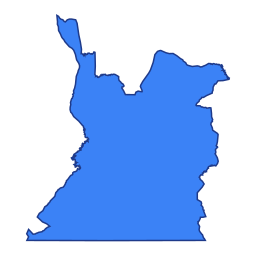 Kasongo, Maniema, Democratic Republic of the Congo
{"feature_id": "63176286B88012685356826", "entity_name": "Kasongo", "entity_type": "district", "adm_level": 2, "iso_a3": "COD", "parent_name": "Democratic Republic of the Congo", "parent_adm1": "Maniema", "projection": "orthographic", "projection_center": [26.428, -4.177], "detail": "fine", "context": "isolated", "style": "filled", "palette": "blue", "viewbox_px": 256, "rotation_deg": 0, "n_neighbors": 0, "source": "geoboundaries", "source_scale": "gbopen_adm2", "svg_char_len": 5658}
<svg xmlns="http://www.w3.org/2000/svg" viewBox="0 0 256 256"><path d="M229.0,79.3L229.3,78.1L228.2,77.5L227.6,78.1L227.7,77.1L227.3,77.2L227.3,76.2L226.7,75.9L226.3,74.6L226.0,74.5L225.7,74.7L225.0,74.4L225.0,73.8L225.5,73.5L225.6,73.0L224.9,72.5L225.1,72.2L224.2,71.9L224.6,70.8L223.7,71.1L223.7,70.0L222.9,70.1L223.3,69.8L222.8,68.3L221.7,67.7L222.1,67.3L221.4,66.7L222.1,66.5L221.8,66.2L222.4,66.0L221.7,64.8L220.7,65.2L220.0,65.1L219.0,64.4L218.7,64.8L216.4,64.1L216.3,64.3L215.5,64.3L213.8,63.6L213.0,63.7L212.4,64.4L211.6,63.9L211.0,64.2L210.7,63.6L208.6,63.5L205.7,65.2L203.8,66.0L203.3,66.0L202.7,66.6L200.5,67.0L199.0,66.2L197.3,65.9L192.2,66.5L187.5,65.2L186.6,64.5L185.7,62.7L183.3,61.1L182.7,59.8L180.5,58.6L176.8,55.7L173.1,53.5L169.3,53.6L166.1,52.8L160.8,50.5L159.8,50.6L157.5,51.4L154.9,54.6L153.2,62.4L150.5,69.9L148.8,73.0L142.8,81.4L140.7,85.2L140.4,86.5L142.1,90.6L142.1,91.6L141.3,91.7L138.1,91.1L135.9,92.2L135.0,94.7L125.4,94.6L123.5,90.6L121.9,88.1L122.1,86.9L123.0,86.9L123.9,86.2L123.9,85.5L122.7,83.7L121.5,83.2L120.8,82.1L119.1,80.5L118.6,78.5L118.7,76.7L117.8,76.0L114.9,74.4L113.5,74.2L112.4,74.7L111.8,74.3L111.2,74.7L110.5,74.6L110.1,75.3L109.6,74.9L109.1,75.1L108.9,74.9L108.0,75.6L107.7,75.3L105.9,75.2L105.3,74.3L103.6,74.6L103.2,74.4L102.9,74.9L102.8,74.6L102.1,74.8L101.9,74.6L101.3,75.5L100.9,75.2L100.8,75.8L100.2,75.9L99.5,76.9L98.1,77.5L97.8,77.4L98.0,76.9L97.4,76.8L97.0,76.0L95.8,76.4L96.0,75.9L94.9,74.5L95.3,66.2L95.0,52.4L94.7,52.1L94.2,52.4L93.7,52.2L93.4,53.2L92.1,54.2L91.7,53.7L90.7,54.0L89.1,53.1L87.8,53.3L87.5,54.2L86.6,54.0L86.6,53.6L86.5,54.2L85.3,53.7L85.4,54.3L84.9,54.2L85.2,54.7L84.4,54.6L84.5,55.3L83.9,54.6L84.0,54.2L83.4,54.5L83.3,54.9L83.0,54.2L82.4,54.2L81.6,53.2L81.2,53.4L81.5,49.3L80.4,42.3L78.8,34.9L77.1,23.3L75.7,19.8L71.7,19.1L69.3,19.1L67.2,19.9L65.4,21.9L64.2,21.5L62.8,19.7L60.9,19.2L59.7,18.2L58.5,16.3L56.9,15.4L57.5,21.7L57.4,24.3L58.4,26.7L58.6,30.6L60.5,34.1L61.6,36.9L62.7,38.6L63.6,39.3L64.9,41.7L69.3,46.7L72.0,48.3L73.7,50.2L75.4,54.4L76.6,59.8L78.9,63.5L79.6,65.8L79.4,68.1L78.3,70.4L77.8,72.5L76.3,76.3L75.5,84.3L74.6,88.2L73.5,90.9L73.8,93.2L72.7,94.4L73.2,95.1L73.1,96.4L72.6,96.9L72.3,98.4L71.7,98.7L71.4,99.4L70.5,102.6L70.8,104.6L70.2,107.1L70.1,109.7L70.8,112.3L71.8,113.2L73.7,116.6L78.8,121.1L82.6,125.6L83.4,126.2L83.6,127.8L84.6,128.6L85.0,129.4L84.8,130.2L84.1,129.4L83.8,129.4L83.6,130.0L84.5,131.3L84.1,132.2L84.9,133.7L84.5,134.4L85.2,134.7L85.1,136.9L86.3,137.7L87.3,137.4L88.6,139.0L87.2,139.9L87.2,140.2L87.5,140.1L87.9,140.5L88.0,141.2L87.6,140.8L86.9,140.9L87.1,141.1L86.7,141.5L85.0,141.5L84.7,141.8L85.2,142.7L85.0,143.2L83.8,143.5L83.1,144.5L82.7,144.5L82.5,143.6L82.2,143.9L82.1,144.2L82.4,144.6L83.1,144.9L83.1,145.6L82.7,145.7L83.0,145.8L82.9,146.2L82.7,146.4L82.6,146.0L81.8,146.5L81.6,147.0L82.0,147.3L81.9,147.4L81.7,147.2L81.1,147.5L80.6,148.4L80.0,148.0L79.5,148.8L80.2,149.3L81.0,149.0L80.9,150.2L79.9,150.2L79.0,150.9L77.7,151.3L77.6,152.2L76.6,152.3L76.3,152.8L74.2,154.2L74.5,156.2L75.2,155.4L75.8,155.5L75.8,155.9L74.4,157.2L73.6,157.0L73.3,156.0L72.8,157.2L71.4,157.9L71.8,158.6L72.0,158.3L72.4,158.6L72.5,159.2L72.9,159.1L72.9,159.7L73.6,159.5L73.6,158.9L73.9,159.2L74.4,158.7L74.2,159.2L74.5,159.0L74.8,159.2L74.5,159.4L75.2,160.2L75.3,161.6L76.2,162.1L75.3,162.1L75.3,162.9L76.4,163.0L75.9,163.9L74.0,164.5L75.3,165.8L75.1,166.9L75.5,167.1L76.1,166.7L75.8,166.5L76.0,166.1L76.3,166.2L76.3,165.7L78.7,166.0L78.9,165.8L78.9,166.1L79.5,166.2L79.3,166.5L79.7,166.4L79.8,167.1L80.2,167.1L80.5,167.9L80.2,168.6L79.5,168.5L79.2,169.4L77.6,168.7L76.8,170.8L75.4,171.6L73.7,172.0L72.7,172.9L72.7,174.3L72.5,174.7L71.0,175.3L70.1,176.2L67.8,179.4L66.4,180.8L66.2,182.2L65.6,182.8L65.3,184.0L64.0,186.2L63.2,187.2L60.4,188.0L58.8,189.4L58.1,189.6L57.9,190.3L55.8,192.7L54.8,196.4L50.3,200.9L50.2,201.5L48.9,203.1L48.3,203.4L48.2,204.1L47.5,204.6L47.3,205.2L44.8,206.8L42.9,210.7L39.3,213.4L37.3,217.0L42.5,221.9L46.7,223.8L49.8,226.3L47.1,227.5L46.1,228.5L45.7,228.5L44.5,230.0L43.8,230.6L42.9,230.8L42.1,231.7L38.5,232.4L37.2,233.1L36.3,233.2L35.5,233.9L33.1,234.2L28.6,229.4L26.7,233.8L28.6,236.8L26.9,240.4L104.1,240.6L205.3,240.4L204.3,238.6L203.5,237.8L202.4,234.6L201.8,234.2L199.6,231.3L199.1,229.7L199.6,226.4L197.9,223.4L198.2,222.8L198.0,221.7L198.6,221.5L199.2,220.7L200.2,218.6L200.4,217.3L203.1,217.2L205.8,216.6L203.7,211.2L204.0,210.3L203.4,210.2L203.0,209.5L202.9,207.3L201.8,205.8L201.2,205.4L201.6,203.3L201.0,201.7L197.3,199.6L197.3,192.7L202.2,187.1L204.1,184.0L202.4,181.3L200.1,179.3L200.0,178.3L199.2,177.2L199.8,176.6L199.9,175.9L200.7,175.3L200.8,174.9L202.5,175.0L202.3,174.5L202.6,174.4L202.5,173.6L202.8,173.5L202.6,173.0L203.7,172.7L203.8,171.6L204.9,171.8L205.0,171.3L205.4,171.6L205.4,171.2L205.9,171.2L206.0,170.9L206.0,171.5L206.5,171.5L206.4,170.9L206.7,170.1L207.8,168.4L208.4,168.2L208.1,167.4L208.4,167.2L208.6,166.7L209.8,166.1L210.8,166.2L210.9,165.5L211.7,165.7L212.0,165.1L212.4,165.3L212.5,165.8L214.1,165.4L214.1,165.6L215.0,165.5L215.8,165.9L217.5,163.5L218.2,161.2L217.3,157.7L215.1,153.7L215.7,153.0L215.8,152.0L215.4,149.9L215.6,149.3L217.6,147.2L217.3,146.6L216.6,146.5L216.2,145.6L216.7,144.8L217.4,141.8L218.1,134.5L217.4,133.4L212.7,130.2L212.3,127.8L210.8,124.3L211.3,122.3L212.4,121.6L212.1,120.7L212.7,119.8L211.6,116.8L211.5,113.3L210.9,107.9L209.7,107.7L206.8,108.2L205.8,107.4L203.9,107.6L202.1,106.9L201.4,107.0L200.1,105.8L196.4,105.7L196.0,105.1L196.7,103.4L199.1,101.3L199.4,99.9L201.4,98.3L201.7,97.4L203.5,97.4L206.7,95.5L212.2,93.1L212.3,91.8L213.0,90.2L213.1,87.2L214.6,84.1L215.8,84.0L218.0,80.8L223.0,80.6L229.0,79.3Z" fill="#3b82f6" stroke="#1e3a8a" stroke-width="1.5"/></svg>